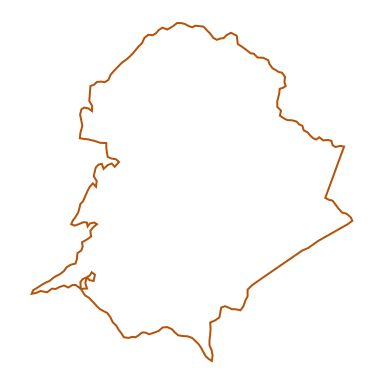 outline of Jacinto Machado, Santa Catarina, Brazil
{"feature_id": "56859067B27526397401778", "entity_name": "Jacinto Machado", "entity_type": "district", "adm_level": 2, "iso_a3": "BRA", "parent_name": "Brazil", "parent_adm1": "Santa Catarina", "projection": "equal_earth", "projection_center": [-49.876, -29.0], "detail": "fine", "context": "isolated", "style": "outline", "palette": "amber", "viewbox_px": 384, "rotation_deg": 0, "n_neighbors": 0, "source": "geoboundaries", "source_scale": "gbopen_adm2", "svg_char_len": 3048}
<svg xmlns="http://www.w3.org/2000/svg" viewBox="0 0 384 384"><path d="M344.1,146.6L340.3,145.9L335.5,147.0L332.6,145.2L331.4,140.9L328.1,140.0L323.3,140.4L319.3,137.3L316.1,139.5L313.1,138.2L310.5,135.8L307.8,132.5L303.7,130.3L302.4,125.8L299.0,124.3L296.7,121.6L292.1,120.3L287.6,120.1L284.6,118.8L279.9,115.7L281.0,110.6L277.3,106.9L277.3,101.2L279.2,93.6L279.7,88.8L282.8,87.9L285.7,86.1L284.4,81.9L285.0,76.9L282.0,72.7L278.7,72.0L275.9,70.2L272.5,68.3L269.4,63.9L268.2,60.2L263.3,57.8L257.5,57.5L253.9,53.7L250.6,53.3L245.9,49.6L241.6,46.5L237.8,44.0L236.7,35.7L231.0,32.8L226.4,35.2L223.7,38.1L220.5,38.5L216.8,39.8L213.3,37.9L210.3,33.7L207.2,30.6L203.4,26.6L199.0,26.1L195.2,25.7L192.3,27.3L188.8,26.1L184.9,24.0L181.4,23.1L177.1,23.0L173.3,26.0L167.4,29.5L162.4,27.7L158.6,30.1L156.3,33.0L152.9,35.2L148.3,34.8L144.4,37.9L142.0,43.2L138.4,46.7L135.5,50.2L133.0,53.3L129.7,56.6L126.7,59.2L121.9,62.7L117.3,67.4L113.5,71.4L110.6,74.7L108.4,79.9L104.7,82.2L101.6,81.6L97.1,81.9L93.8,84.8L90.4,86.1L89.3,101.0L92.2,106.1L91.9,111.0L88.6,108.5L84.4,107.6L81.5,109.1L80.1,114.6L81.1,119.5L82.4,125.9L80.5,132.4L79.8,138.2L83.8,138.9L87.8,139.3L94.5,140.9L100.1,142.8L106.3,143.1L106.3,148.1L106.9,152.4L107.7,156.9L111.3,158.5L115.9,159.2L119.0,162.0L114.7,166.8L111.7,163.5L107.6,165.1L103.6,168.9L101.8,163.8L98.3,164.7L95.7,167.7L93.7,176.2L96.7,181.0L96.0,186.7L92.9,183.4L89.7,186.9L87.9,190.2L85.5,195.5L83.2,201.0L80.3,204.2L79.4,208.3L78.2,212.5L75.4,217.1L72.9,220.4L71.2,224.2L74.7,225.6L78.7,224.2L83.4,222.2L86.9,222.5L87.6,226.4L89.9,223.5L94.1,222.5L97.0,224.2L93.4,227.1L90.3,230.8L91.1,236.5L86.8,239.6L82.0,242.3L82.7,246.7L81.3,250.5L77.4,253.2L77.0,258.6L75.5,263.6L70.8,264.7L66.7,267.2L63.7,271.3L59.6,274.4L55.4,276.4L52.6,278.4L49.5,281.0L45.4,282.7L40.4,285.7L36.4,288.3L33.1,290.3L31.7,293.8L35.9,293.0L40.6,291.0L47.0,292.3L52.0,288.6L55.6,289.0L59.5,287.0L64.0,285.5L68.3,287.5L72.4,285.0L75.7,285.0L80.8,288.8L85.1,295.5L89.1,297.8L91.6,300.6L94.3,303.3L97.2,306.6L100.2,309.3L104.2,311.4L107.3,313.0L110.5,317.4L112.7,322.2L116.4,325.8L118.6,329.7L121.3,333.2L123.9,337.3L128.9,337.9L132.2,336.8L135.5,337.3L138.3,335.5L142.1,332.5L145.3,332.5L149.2,334.3L155.6,332.1L158.6,331.0L162.6,327.5L167.3,327.1L171.8,329.1L174.5,332.1L178.2,335.3L183.0,336.1L187.5,336.3L192.1,337.9L195.1,340.7L198.9,344.5L201.2,348.0L203.2,351.8L205.7,356.2L208.3,358.6L211.8,361.0L212.6,355.6L211.7,350.5L209.5,345.2L209.5,340.1L210.1,335.2L210.6,329.0L210.2,322.5L215.1,320.4L219.4,317.4L220.2,313.0L221.2,307.6L225.0,306.2L228.6,307.6L231.9,309.2L236.2,309.3L240.5,310.3L243.3,306.4L245.2,301.0L247.6,296.2L247.6,289.6L252.6,284.8L269.4,273.1L302.3,250.5L308.2,248.0L318.2,240.9L347.7,224.2L352.3,220.8L350.8,217.4L346.7,213.8L342.0,212.5L338.4,208.5L334.8,203.6L332.5,200.6L329.2,199.9L325.3,197.9L341.3,154.1L344.1,146.6ZM80.8,288.8L80.4,282.1L82.5,279.2L86.7,277.3L85.3,283.0L87.0,288.5L80.8,288.8ZM86.7,277.3L89.9,275.4L91.7,272.3L94.9,274.7L93.7,280.9L89.6,280.2L86.7,277.3Z" fill="none" stroke="#b45309" stroke-width="2"/></svg>